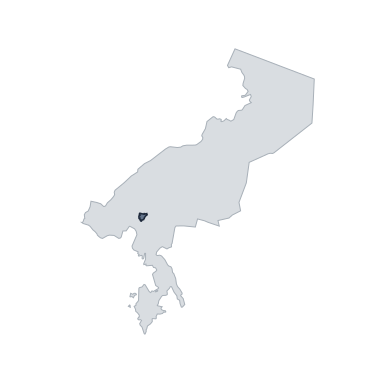 Pastdargom, Samarkand, Uzbekistan (highlighted), rotated 104°
{"feature_id": "79887680B34073464647672", "entity_name": "Pastdargom", "entity_type": "district", "adm_level": 2, "iso_a3": "UZB", "parent_name": "Uzbekistan", "parent_adm1": "Samarkand", "projection": "albers", "projection_center": [66.66, 39.68], "detail": "fine", "context": "in_parent", "style": "filled", "palette": "slate", "viewbox_px": 384, "rotation_deg": 104, "n_neighbors": 0, "source": "geoboundaries", "source_scale": "gbopen_adm2", "svg_char_len": 4837}
<svg xmlns="http://www.w3.org/2000/svg" viewBox="0 0 384 384"><g transform="rotate(104 192 192)"><path d="M297.5,174.8L302.9,171.8L306.0,173.5L306.3,174.5L303.1,176.6L300.1,177.8L299.3,180.4L296.4,181.6L293.5,185.2L288.9,188.9L288.9,189.7L289.3,190.2L290.9,190.6L294.1,192.4L297.1,191.2L297.8,191.4L298.6,192.5L299.6,195.6L301.0,196.4L305.5,197.9L308.7,197.7L310.4,198.3L310.7,198.0L310.6,193.2L312.0,194.0L313.5,193.3L314.0,190.9L313.6,189.3L314.6,188.4L315.2,189.0L315.3,190.4L317.0,191.2L318.2,193.5L318.8,196.2L321.8,196.7L322.9,196.1L323.8,196.4L324.4,199.8L324.8,200.0L327.4,199.2L330.0,200.4L332.8,202.8L335.8,202.8L336.5,203.2L338.6,202.7L341.2,203.2L341.3,203.6L340.9,204.2L335.2,207.8L333.7,210.1L332.4,210.9L328.8,209.9L328.3,211.3L329.0,212.5L328.3,214.0L326.4,213.6L326.0,212.9L324.2,213.4L322.3,215.8L321.4,217.7L319.5,218.4L316.9,220.5L315.7,219.0L313.8,219.3L311.1,217.9L309.9,217.7L298.5,220.2L297.6,220.0L296.2,217.5L293.3,216.2L293.4,215.0L299.0,209.4L299.6,207.7L297.6,206.9L297.9,205.5L293.9,201.4L293.2,201.2L292.7,201.4L291.5,204.6L281.5,210.4L280.0,209.9L277.7,207.9L276.2,207.3L274.4,209.0L274.5,211.1L272.7,212.7L274.6,218.2L274.4,218.9L273.1,219.2L274.1,221.2L273.3,221.5L268.4,220.8L262.8,222.2L263.0,223.1L268.0,222.8L268.7,223.2L268.9,223.9L268.6,224.3L265.9,224.9L265.7,225.7L267.1,228.1L266.5,228.7L265.5,228.2L264.8,229.8L263.1,229.8L262.3,234.5L260.9,236.2L259.0,237.1L246.8,235.1L243.7,236.6L241.6,238.8L240.3,244.0L240.5,244.5L245.7,246.5L246.5,249.6L252.8,249.8L253.9,250.3L254.4,251.1L254.7,251.9L253.0,257.1L253.8,261.6L254.9,263.6L258.7,267.6L258.6,269.7L257.7,271.7L256.7,273.4L255.6,274.1L254.0,276.3L252.7,279.0L250.0,282.5L249.2,284.4L248.9,290.0L248.2,291.7L248.1,291.1L247.1,290.5L244.3,290.3L243.7,289.6L240.1,291.0L237.8,290.4L235.5,288.1L231.0,287.3L225.4,287.8L225.2,282.0L225.5,277.7L227.4,274.3L227.3,273.7L226.4,272.5L223.0,271.5L219.1,268.8L215.4,267.0L213.4,266.4L211.0,267.4L208.9,267.1L199.3,260.0L191.2,254.8L185.7,249.6L183.0,250.0L176.0,245.0L171.6,239.9L156.8,228.2L153.9,225.3L153.3,223.9L152.4,217.0L151.2,213.8L149.4,212.0L147.9,208.6L145.8,200.5L145.0,199.0L140.7,195.4L138.2,194.4L136.3,194.8L135.2,196.1L133.7,196.1L127.2,194.3L120.0,194.5L114.0,189.9L113.7,189.3L113.8,188.1L115.2,185.5L115.0,184.3L114.3,183.0L114.4,181.6L115.0,180.9L116.1,181.2L116.6,180.8L116.5,180.0L115.2,178.2L112.4,176.5L113.1,175.5L113.4,172.9L113.9,171.6L113.6,171.1L111.6,169.0L104.6,168.3L103.0,167.7L101.7,166.8L100.7,163.8L100.0,163.1L95.3,161.5L90.9,156.1L89.7,158.2L88.8,158.6L85.1,157.6L83.2,158.8L87.2,164.4L88.1,166.0L87.9,166.9L86.6,167.0L85.6,164.4L85.0,163.6L80.8,161.9L79.2,163.3L78.6,165.2L76.4,168.4L74.2,168.7L69.0,168.4L67.3,169.0L66.2,169.8L63.9,172.5L61.1,174.5L61.0,183.9L62.5,186.4L60.6,188.2L42.7,184.9L52.8,100.7L78.1,95.6L96.1,92.3L134.2,122.0L135.1,123.1L135.5,125.5L136.5,127.4L149.4,143.7L170.0,141.5L190.7,143.9L198.5,140.3L204.6,147.3L208.3,149.8L213.4,159.9L218.5,157.3L217.5,169.3L216.9,172.9L216.8,180.1L225.2,180.3L226.9,191.9L228.8,199.2L230.6,200.0L246.7,198.9L247.9,199.4L250.2,198.6L251.7,200.9L253.3,202.5L252.2,207.6L254.3,209.6L258.8,211.8L261.5,211.7L262.0,210.8L261.9,209.7L261.2,208.4L261.2,206.9L261.6,205.8L264.2,202.0L268.5,198.1L269.4,196.7L269.7,194.3L271.2,192.9L274.9,191.3L275.4,190.1L279.9,186.9L284.9,184.9L287.2,183.2L289.3,180.2L292.5,177.1L293.7,177.0L294.6,177.9L295.4,177.9L297.5,174.8ZM297.7,203.3L297.0,201.8L296.2,201.3L295.8,201.5L297.2,203.3L297.7,203.3ZM308.6,226.9L305.1,227.0L305.6,224.7L304.3,223.7L304.0,222.6L304.3,221.6L305.1,221.1L306.2,222.7L308.8,223.3L308.0,224.9L308.7,226.6L308.6,226.9ZM318.8,224.0L318.3,226.1L316.7,225.2L316.9,224.7L318.8,224.0Z" fill="#d9dde1" stroke="#a8b0b8" stroke-width="1"/><path d="M230.6,236.9L230.8,236.4L230.5,236.2L231.0,236.1L231.2,235.8L231.1,235.5L231.3,235.3L231.5,235.5L231.8,235.5L232.0,235.2L232.4,234.9L232.4,234.7L232.5,234.7L232.6,234.4L232.5,234.0L232.2,233.9L232.2,234.2L232.1,234.3L231.7,234.3L231.7,234.1L231.4,233.8L231.2,233.8L231.1,233.7L231.0,233.1L230.8,232.8L230.4,232.6L230.4,232.3L230.0,232.3L229.7,232.1L229.4,231.9L229.2,232.0L229.0,231.9L228.7,231.9L228.6,232.0L228.1,231.9L227.9,231.7L227.7,231.7L227.2,231.5L226.2,231.0L226.0,230.8L225.6,230.5L225.3,230.3L225.2,230.1L224.9,230.0L224.7,230.2L224.5,230.3L224.6,230.7L224.4,231.1L224.0,231.0L224.1,231.3L224.3,231.3L224.4,231.5L224.5,231.6L224.5,232.0L224.6,232.4L224.6,232.7L224.9,232.7L225.1,232.8L225.2,233.3L224.8,233.5L225.2,233.8L225.2,234.0L225.2,235.0L225.1,235.7L225.2,235.8L225.4,235.9L225.4,236.6L225.1,237.3L225.5,237.4L225.7,237.2L225.8,237.2L226.0,237.0L225.9,237.3L225.9,237.7L226.3,237.7L226.8,237.3L227.0,237.1L227.1,236.8L227.5,236.9L227.6,237.6L228.2,237.6L228.8,237.6L229.3,237.4L229.6,237.3L229.9,237.2L230.3,237.1L230.6,236.9Z" fill="#64748b" stroke="#1e293b" stroke-width="1.5"/></g></svg>